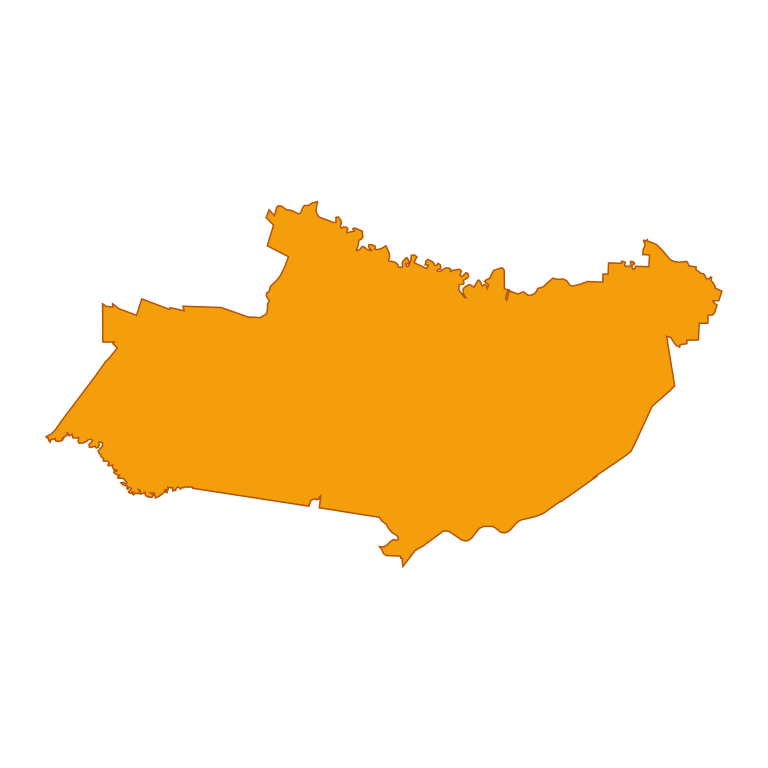 Chinameca, Veracruz, Mexico (Mercator projection)
{"feature_id": "50627088B80676997329582", "entity_name": "Chinameca", "entity_type": "district", "adm_level": 2, "iso_a3": "MEX", "parent_name": "Mexico", "parent_adm1": "Veracruz", "projection": "mercator", "projection_center": [-94.703, 18.06], "detail": "fine", "context": "isolated", "style": "filled", "palette": "amber", "viewbox_px": 768, "rotation_deg": 0, "n_neighbors": 0, "source": "geoboundaries", "source_scale": "gbopen_adm2", "svg_char_len": 6086}
<svg xmlns="http://www.w3.org/2000/svg" viewBox="0 0 768 768"><path d="M703.6,273.8L701.2,273.4L695.8,269.5L696.2,267.0L689.2,265.9L689.2,266.3L687.6,262.6L686.6,261.4L679.4,262.3L674.8,261.6L671.4,260.3L670.0,259.4L662.8,250.8L657.9,245.9L656.4,244.5L649.8,241.7L648.4,241.8L647.2,239.6L646.3,240.9L645.6,241.1L644.2,240.1L643.5,240.6L645.3,245.2L643.2,249.4L642.8,254.6L649.5,254.9L648.9,266.7L635.3,266.3L635.2,268.1L634.2,269.1L632.5,268.9L631.8,266.3L633.7,263.8L634.4,264.0L634.5,263.2L634.2,262.5L631.9,261.4L630.5,261.6L630.6,265.3L629.9,266.2L628.3,266.5L624.8,265.8L624.5,265.2L625.4,262.4L623.7,261.5L621.5,261.3L621.5,263.3L608.5,262.9L608.1,274.2L603.0,274.0L602.8,282.1L587.0,281.5L585.7,282.6L584.2,282.5L581.8,283.8L573.1,286.0L571.3,285.9L569.4,284.6L566.9,280.9L563.4,279.0L557.8,279.4L552.9,278.2L545.6,284.4L544.7,285.8L542.3,287.2L537.8,288.4L536.2,291.7L534.6,293.4L533.1,294.4L530.8,295.1L529.0,295.4L527.1,294.8L524.1,292.0L522.2,292.1L518.2,294.1L510.7,291.4L509.3,290.1L506.8,300.2L505.5,298.4L507.8,289.7L504.4,288.8L504.2,270.4L502.2,267.7L493.6,270.4L490.4,276.5L490.4,277.8L485.6,280.2L484.6,281.5L488.6,284.9L487.2,288.5L486.6,285.9L485.4,284.5L484.6,284.4L482.3,286.1L480.1,281.3L478.8,280.1L477.9,280.3L474.0,287.3L470.6,285.0L469.0,284.6L464.5,287.3L463.4,288.5L463.1,289.9L463.3,293.7L465.8,297.6L464.6,297.5L458.7,289.8L459.2,284.7L463.1,284.2L464.0,283.1L463.3,280.2L467.0,278.4L468.6,276.2L468.5,275.1L468.1,273.9L466.3,272.6L461.8,276.7L460.0,275.3L461.5,271.0L459.4,269.2L452.8,270.3L450.9,271.6L450.5,271.6L450.6,268.9L448.0,267.9L445.4,268.0L440.0,271.5L437.5,271.3L437.0,270.9L437.7,269.5L440.7,268.9L440.7,266.4L440.3,264.9L438.0,263.3L436.8,265.1L434.3,265.5L433.9,263.4L432.7,261.9L427.8,259.4L425.9,261.1L425.2,265.0L428.3,265.0L426.7,268.6L414.0,262.6L416.9,256.9L414.7,255.1L411.2,255.3L411.1,258.9L409.5,264.8L408.0,266.2L406.5,266.3L405.7,263.5L408.0,263.9L409.3,261.9L407.1,257.8L405.7,258.1L402.8,261.6L402.3,262.8L402.6,266.1L402.2,267.3L398.4,267.0L397.6,264.5L396.4,263.0L394.2,261.8L388.9,261.1L388.5,260.2L389.7,256.5L389.2,253.3L386.0,245.8L380.9,248.8L376.9,249.7L374.9,249.3L375.3,246.7L374.7,245.8L372.1,244.8L369.0,244.6L368.6,246.7L369.5,248.6L372.1,250.8L367.6,249.8L363.7,246.6L362.2,246.5L359.8,249.4L356.8,250.7L356.5,249.6L358.3,245.3L358.9,240.3L361.2,239.3L362.9,237.0L362.2,231.2L354.9,228.0L352.8,228.7L354.3,231.1L346.8,232.7L346.8,231.1L347.7,229.9L347.7,228.5L346.7,227.4L343.6,226.9L341.4,228.2L340.3,227.1L341.4,222.7L341.0,220.7L338.4,216.9L335.9,217.4L336.0,222.4L333.4,222.4L319.1,217.1L316.8,213.6L316.0,210.5L317.0,203.9L317.7,202.6L317.1,201.6L311.5,203.3L308.9,205.3L304.6,205.5L303.2,206.6L300.6,213.0L298.9,213.9L290.6,210.1L286.7,209.9L281.4,206.1L278.3,205.7L276.5,207.6L274.5,215.7L269.1,209.8L266.2,217.6L273.5,225.1L267.3,245.8L288.5,256.7L284.5,267.4L280.1,276.0L277.0,280.0L270.5,286.3L268.9,291.8L266.5,293.0L266.4,296.0L269.2,300.8L267.6,304.0L267.4,310.1L266.4,313.8L260.5,317.6L250.0,317.0L249.9,317.6L221.1,307.5L182.9,306.2L184.2,310.8L170.0,307.6L169.4,309.4L141.8,298.9L136.5,315.3L119.2,308.8L112.6,303.8L112.8,307.0L106.4,306.4L102.6,303.8L102.8,342.0L114.2,342.1L112.9,343.7L117.3,348.0L109.0,358.3L105.4,361.9L93.5,378.6L63.0,418.9L55.2,430.0L51.3,434.0L46.1,436.6L47.0,438.0L48.2,437.6L48.8,440.6L50.1,442.3L51.0,439.5L53.3,439.5L55.0,438.4L55.8,441.1L58.9,441.4L62.5,440.3L62.3,438.3L63.2,438.8L64.0,437.9L64.1,436.5L66.7,435.7L67.3,434.4L67.0,432.8L67.9,433.3L69.2,435.9L72.0,434.1L72.8,437.6L73.6,438.1L78.6,437.6L78.1,441.4L79.2,443.3L83.8,442.8L86.8,441.2L88.4,439.6L91.1,439.4L92.6,440.5L89.0,444.6L89.3,447.1L90.6,447.5L95.1,446.2L96.1,448.0L98.4,447.4L99.2,445.1L98.8,442.3L99.9,441.8L102.5,442.9L102.4,446.4L98.1,450.8L99.0,453.2L100.9,455.3L100.9,456.5L103.5,458.7L103.2,460.9L104.0,461.3L106.6,460.8L108.9,462.3L109.1,463.0L107.8,465.2L108.4,465.7L112.8,465.2L112.3,466.4L113.7,469.6L116.8,470.0L117.1,470.7L115.7,471.4L114.3,471.2L113.8,472.2L114.7,473.5L117.6,475.0L119.6,475.2L119.5,475.8L117.7,477.2L117.7,478.0L123.4,478.5L126.9,482.7L126.5,483.7L125.3,483.7L123.5,482.3L120.9,482.9L123.3,485.0L127.5,486.2L126.8,488.4L127.3,489.1L128.0,489.1L129.4,487.3L131.4,488.5L130.5,489.9L128.4,491.6L128.5,492.2L130.6,493.3L131.3,493.2L131.8,492.1L133.1,492.3L132.1,493.7L133.6,494.9L134.6,494.2L134.9,493.1L137.7,493.8L139.1,492.9L139.1,491.0L138.3,489.5L139.7,489.9L140.3,490.9L140.4,494.2L145.2,492.4L145.0,494.0L145.8,495.7L148.1,496.9L151.9,497.4L153.3,495.2L150.6,492.8L154.1,493.1L155.4,498.0L159.7,495.9L164.4,492.1L164.5,491.4L166.9,492.7L167.3,491.8L164.9,490.4L165.2,489.7L165.9,489.6L167.5,490.2L168.1,489.9L168.3,488.4L167.8,487.1L170.9,487.9L172.6,487.6L172.5,490.1L173.0,491.0L173.6,490.0L175.6,490.5L176.1,488.4L177.9,486.9L180.7,489.1L181.8,487.4L183.6,487.9L185.2,486.8L188.7,487.3L190.2,486.8L193.4,487.5L193.5,488.1L192.1,488.2L309.6,506.3L308.8,505.9L310.9,500.6L314.4,498.6L315.3,499.4L316.5,499.1L316.8,499.7L319.1,499.0L319.2,497.2L320.8,495.7L319.3,507.8L379.4,517.3L381.5,520.6L386.6,524.7L387.9,527.6L392.3,532.8L396.5,535.3L398.4,537.5L397.8,540.0L395.8,540.2L393.4,539.5L390.1,541.8L387.3,544.7L383.8,547.0L379.5,546.6L381.6,549.2L383.5,553.7L386.8,555.6L400.6,556.1L400.7,558.3L402.4,558.5L402.2,561.0L403.0,566.4L415.2,550.5L423.6,545.7L442.9,531.3L445.2,530.8L449.0,531.4L461.6,539.9L465.8,541.0L468.6,540.3L471.6,538.2L479.2,528.4L483.6,526.4L492.2,526.4L495.0,527.6L500.9,532.4L504.6,532.8L507.5,532.0L510.4,529.8L517.2,522.3L520.6,520.1L535.6,516.5L543.5,513.3L560.2,501.4L560.8,501.7L561.6,501.2L578.7,489.2L596.1,476.8L594.5,476.9L622.5,457.9L630.0,452.2L631.3,450.7L635.5,442.3L651.6,407.4L653.4,405.1L669.4,391.2L674.7,385.9L666.6,336.3L670.7,337.5L675.8,345.2L679.7,347.2L680.0,344.7L686.9,343.7L687.0,340.2L698.4,340.0L699.2,323.3L707.8,323.2L708.1,315.1L712.6,315.0L714.4,313.0L717.1,305.1L714.2,303.0L712.8,300.8L718.8,300.7L721.9,291.1L715.2,288.2L715.1,286.4L713.2,283.0L711.0,280.3L711.6,277.2L710.8,277.0L708.3,279.0L706.7,278.8L705.7,278.1L705.4,276.2L703.6,273.8Z" fill="#f59e0b" stroke="#b45309" stroke-width="1.5"/></svg>